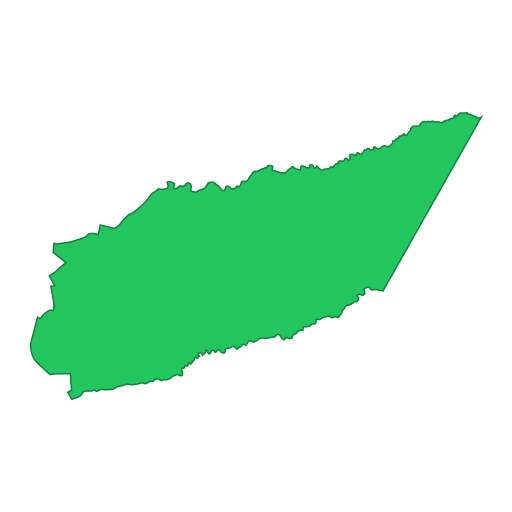 Mazatecochco de José María Morelos, Tlaxcala, Mexico (Mercator projection)
{"feature_id": "50627088B35944605315833", "entity_name": "Mazatecochco de José María Morelos", "entity_type": "district", "adm_level": 2, "iso_a3": "MEX", "parent_name": "Mexico", "parent_adm1": "Tlaxcala", "projection": "mercator", "projection_center": [-98.156, 19.192], "detail": "fine", "context": "isolated", "style": "filled", "palette": "green", "viewbox_px": 512, "rotation_deg": 0, "n_neighbors": 0, "source": "geoboundaries", "source_scale": "gbopen_adm2", "svg_char_len": 6075}
<svg xmlns="http://www.w3.org/2000/svg" viewBox="0 0 512 512"><path d="M481.3,117.1L478.9,118.4L476.8,117.6L476.1,116.7L474.2,116.2L470.9,114.7L468.0,114.1L467.1,112.7L463.7,113.2L460.8,112.9L460.1,113.1L458.1,114.5L456.4,116.5L455.7,116.8L455.4,115.3L455.0,115.3L453.9,116.4L453.6,117.5L452.9,118.2L451.4,118.4L448.0,120.0L444.8,120.8L443.5,121.5L442.5,122.7L441.3,122.7L438.4,121.8L435.5,122.1L432.7,121.2L430.4,121.7L428.6,121.4L426.6,121.7L424.4,121.5L422.6,121.9L420.8,123.5L419.9,125.2L419.1,126.0L412.8,126.3L411.7,127.7L410.9,128.1L410.5,130.4L408.5,132.3L407.0,135.0L404.9,135.2L404.4,134.7L404.2,133.9L403.7,133.8L402.6,135.3L401.5,135.4L400.9,136.2L399.5,136.1L398.3,138.4L396.9,138.5L394.3,141.1L392.7,141.2L392.8,142.3L392.4,143.4L390.4,145.6L389.0,146.6L385.7,146.2L384.3,145.7L383.2,146.0L381.6,147.0L380.3,148.5L378.1,149.1L374.9,147.1L374.1,146.9L373.6,147.3L373.5,149.1L373.0,149.7L370.8,150.1L370.0,149.9L369.3,149.1L367.7,148.4L367.1,148.7L366.6,149.6L365.6,150.0L364.4,149.8L363.1,152.4L361.0,154.5L360.1,154.3L358.5,153.0L357.7,152.8L356.9,153.1L356.4,153.7L355.9,155.5L354.8,155.3L354.1,154.7L353.4,154.5L351.1,154.3L350.2,154.5L349.8,155.0L349.8,155.5L350.2,158.3L349.9,159.3L349.3,160.1L348.4,160.2L346.7,158.5L345.5,158.4L344.7,159.0L344.1,160.5L343.1,161.1L341.9,161.2L340.0,160.8L338.5,161.4L338.1,162.1L338.5,163.0L338.5,163.7L336.6,163.8L335.4,164.2L333.7,166.4L333.4,167.2L330.6,166.9L329.3,168.5L328.3,169.0L326.5,168.9L323.8,169.4L321.8,170.5L319.3,168.5L317.2,166.3L316.9,166.2L316.3,166.7L315.3,168.1L314.3,168.3L313.0,165.6L312.1,165.0L310.6,164.7L309.8,165.5L309.6,167.2L308.6,167.9L305.9,167.4L303.8,166.2L302.5,165.8L301.5,165.9L300.8,167.0L300.6,169.0L300.3,169.7L299.1,169.6L296.6,169.1L294.8,168.3L293.0,166.7L292.2,166.7L291.8,166.9L290.5,168.5L288.5,169.5L288.1,169.9L287.8,170.9L285.7,172.6L282.7,173.0L281.0,172.9L276.0,171.1L273.7,170.8L272.7,170.9L272.3,170.7L272.1,170.1L272.7,167.8L272.6,166.5L272.3,166.1L269.5,165.4L267.9,165.7L267.2,166.4L266.4,167.9L265.0,167.8L263.5,168.9L262.3,168.6L258.7,170.9L256.2,171.4L254.7,171.3L253.2,172.0L247.6,180.4L245.8,181.6L242.9,181.0L242.0,181.4L241.3,182.8L240.6,184.9L239.3,186.6L236.7,186.2L236.3,186.7L236.3,187.4L235.0,188.3L232.1,188.9L231.3,188.7L229.8,187.3L228.2,186.3L226.6,186.1L226.0,186.6L224.9,189.8L223.9,190.8L222.5,190.6L218.6,186.2L214.1,182.6L213.2,182.2L210.6,182.2L208.4,182.8L205.2,187.6L202.9,189.4L200.2,189.7L197.2,191.4L196.5,192.0L195.2,192.1L192.6,191.7L191.1,191.0L190.7,189.4L191.3,187.3L191.2,185.9L190.5,184.0L189.4,183.1L188.4,182.8L186.6,183.3L185.9,183.8L184.8,185.4L183.0,186.5L181.0,186.0L179.4,186.0L178.0,187.3L176.7,188.2L174.8,188.8L174.0,188.5L173.6,187.8L174.4,185.4L174.4,183.5L171.4,182.1L169.5,181.6L168.0,181.6L167.3,182.0L167.3,182.6L168.2,185.9L167.7,187.6L166.9,188.5L163.5,189.2L160.9,189.4L158.6,188.7L156.1,190.9L151.9,193.6L145.6,201.8L141.9,205.4L136.0,210.4L132.7,212.9L128.7,214.6L124.0,219.2L118.9,225.4L114.8,228.4L100.2,225.0L98.3,234.7L94.9,233.6L92.2,233.4L89.1,233.8L87.5,234.9L86.1,236.6L83.2,238.0L70.3,242.0L56.7,244.0L54.0,243.3L53.2,252.4L66.0,262.7L60.5,267.0L55.6,271.7L49.3,275.9L54.6,285.6L50.9,286.5L53.4,300.1L53.8,304.8L54.6,306.4L54.2,307.1L53.4,307.1L53.9,309.1L53.3,310.5L50.9,310.0L47.8,311.2L43.5,314.5L40.7,318.4L39.9,318.5L37.6,317.2L31.0,342.1L30.7,343.8L30.8,348.3L31.2,350.9L31.9,353.9L33.0,356.7L34.4,359.4L38.5,364.1L49.9,374.5L53.2,374.0L70.4,373.6L70.9,382.4L71.6,390.1L67.7,392.3L71.9,399.3L74.5,398.2L77.0,397.5L80.7,395.7L81.2,395.1L82.7,392.4L84.8,391.1L91.9,391.0L94.2,390.1L95.0,390.2L96.2,391.3L96.9,391.4L99.3,390.1L101.8,389.4L105.3,389.7L111.6,389.5L113.1,389.1L118.0,386.3L120.5,386.1L122.2,385.7L126.0,384.2L127.7,384.1L131.1,384.7L134.0,384.6L137.7,384.0L142.5,382.7L144.7,383.7L146.1,383.4L147.6,382.9L149.0,381.5L153.3,381.3L154.6,379.7L156.5,378.7L159.1,379.1L160.3,380.3L161.5,380.7L163.4,379.7L166.7,379.8L167.8,379.4L169.7,378.7L172.7,376.3L176.1,374.9L177.4,374.5L179.7,375.5L181.1,375.8L182.5,375.1L182.5,373.2L181.7,368.6L182.1,368.2L183.9,368.1L184.5,367.8L184.7,365.8L185.2,365.4L186.8,366.1L187.7,365.8L188.2,363.8L188.7,363.0L189.4,363.0L189.7,363.7L190.2,364.0L191.0,363.9L191.8,363.2L192.7,361.1L193.4,360.8L194.2,360.1L194.2,357.3L195.3,357.0L196.5,358.1L197.7,358.2L199.2,356.4L199.1,355.6L197.7,355.0L198.1,353.4L198.4,353.1L198.9,353.3L199.8,352.5L200.5,352.7L201.9,354.1L202.4,355.2L203.6,354.6L205.2,352.7L205.6,351.5L205.5,350.2L206.0,350.0L207.3,351.0L208.5,353.6L209.1,353.9L209.6,353.8L210.6,352.7L211.7,350.5L212.6,350.2L213.8,350.6L214.9,352.1L215.6,352.4L215.7,351.9L218.6,349.6L219.5,349.5L220.2,351.0L221.5,352.5L224.0,353.1L225.1,352.0L225.4,349.5L226.1,348.7L230.6,347.7L231.9,346.6L233.0,346.3L234.2,346.5L236.9,349.2L237.7,348.9L238.4,348.0L239.7,347.3L240.1,346.6L241.0,346.6L242.5,344.4L243.4,344.3L245.3,345.1L246.1,345.1L246.3,344.4L247.3,343.5L248.1,342.1L248.6,341.0L249.0,340.8L250.1,341.0L251.1,340.9L252.7,341.9L254.3,342.0L255.4,341.5L260.6,337.9L264.7,338.3L268.5,338.1L271.0,337.2L273.1,337.0L274.3,337.3L276.9,334.9L277.5,334.6L279.0,334.6L279.6,335.0L282.3,339.0L283.8,339.8L284.7,339.3L285.7,337.8L286.6,337.6L289.4,338.6L290.6,338.6L292.1,338.0L292.7,335.7L293.6,334.1L294.5,334.1L296.3,333.3L297.9,331.5L300.0,330.2L302.3,330.3L303.0,330.1L303.1,327.7L303.4,327.0L304.1,326.7L305.8,326.9L309.7,326.3L312.1,323.9L315.1,323.8L316.1,322.4L316.0,319.7L316.7,319.4L319.6,319.5L322.6,317.7L324.6,317.0L328.1,316.2L330.3,316.7L331.3,317.5L332.2,317.8L334.7,316.8L336.3,316.8L337.3,317.5L338.0,317.4L339.4,316.1L341.0,314.0L341.7,312.9L342.0,311.1L344.1,308.7L344.7,307.8L344.9,306.9L345.5,306.1L347.0,305.3L348.1,305.4L348.6,305.0L350.1,304.9L354.1,302.0L354.8,301.7L356.6,301.7L357.5,301.3L358.4,299.4L358.6,297.7L357.3,296.3L357.0,295.4L357.4,295.0L358.4,294.3L359.6,294.1L362.6,295.5L363.4,295.2L363.8,294.6L364.7,294.1L364.8,292.4L364.0,289.4L364.5,288.7L365.6,287.9L368.3,287.0L369.8,287.7L370.2,288.7L370.9,289.4L372.3,289.9L375.7,289.6L381.9,290.6L382.9,291.1L481.3,117.1Z" fill="#22c55e" stroke="#15803d" stroke-width="1.5"/></svg>